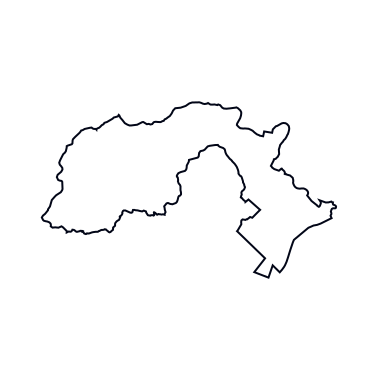 Paulis, Arad, Romania, rotated 216°
{"feature_id": "2599482B5177022501599", "entity_name": "Paulis", "entity_type": "district", "adm_level": 2, "iso_a3": "ROU", "parent_name": "Romania", "parent_adm1": "Arad", "projection": "albers", "projection_center": [21.624, 46.159], "detail": "fine", "context": "isolated", "style": "outline", "palette": "ink", "viewbox_px": 384, "rotation_deg": 216, "n_neighbors": 0, "source": "geoboundaries", "source_scale": "gbopen_adm2", "svg_char_len": 6024}
<svg xmlns="http://www.w3.org/2000/svg" viewBox="0 0 384 384"><g transform="rotate(216 192 192)"><path d="M205.9,286.5L206.3,285.9L210.3,282.1L213.1,279.6L215.4,278.2L217.2,278.0L220.2,278.8L222.3,278.2L222.6,277.2L223.8,276.7L225.5,275.9L226.3,275.1L228.0,273.9L228.5,273.6L229.4,273.5L231.3,273.4L231.4,273.0L231.5,273.0L232.2,271.9L233.5,270.6L235.0,269.9L236.9,269.5L238.7,268.9L244.5,264.5L246.2,262.2L247.7,257.9L250.8,253.5L254.8,249.9L255.2,246.8L254.6,243.6L254.6,240.4L255.5,237.9L255.9,236.3L256.8,234.7L256.7,233.0L257.6,231.9L258.4,230.2L260.4,228.8L262.6,227.5L263.7,226.4L264.0,225.8L264.1,223.6L265.3,222.2L267.0,221.7L268.4,220.3L272.5,220.0L273.3,219.3L275.9,214.2L280.2,210.2L281.6,209.1L283.9,208.5L286.8,208.2L290.6,209.3L293.7,210.0L295.8,211.2L296.6,211.3L296.4,209.6L299.1,206.2L299.3,204.7L301.9,198.7L303.5,196.5L303.5,195.4L303.4,194.8L304.2,193.2L304.4,192.2L304.5,191.1L304.9,189.4L305.7,188.2L306.3,186.8L306.0,186.3L306.9,186.5L308.4,185.4L309.7,185.0L311.1,185.1L312.2,184.1L315.9,179.9L316.8,177.8L317.8,176.6L317.7,175.2L317.8,173.6L318.9,167.9L319.3,164.9L319.0,163.7L317.3,161.0L317.3,160.0L319.8,156.5L320.3,155.5L319.4,154.1L318.0,150.7L318.0,148.7L318.4,147.3L318.3,146.0L317.3,139.9L316.6,137.6L315.0,136.4L312.8,135.9L311.0,135.2L310.0,134.0L309.7,131.5L310.8,127.0L310.1,124.6L307.4,123.1L305.9,123.4L304.0,124.3L302.9,123.9L298.5,118.3L298.1,117.1L298.0,114.7L300.0,109.5L300.3,107.3L300.7,103.1L298.4,96.8L298.3,93.3L297.8,92.6L298.0,88.0L298.7,85.3L298.5,83.1L296.0,81.8L294.9,81.7L293.3,82.3L291.6,83.1L289.5,83.6L287.8,83.3L286.7,82.3L286.1,81.2L283.9,81.2L281.9,83.0L279.1,84.6L277.4,87.5L275.7,87.6L270.4,86.8L269.6,85.6L268.6,87.5L267.0,88.4L266.5,89.1L266.4,90.0L266.6,91.2L265.3,91.9L264.3,92.0L262.9,91.8L261.7,92.1L259.9,94.2L259.6,94.9L257.9,96.0L257.3,96.3L257.2,96.3L257.3,95.3L256.2,95.6L255.5,95.4L255.0,95.1L254.6,95.1L253.1,95.6L252.9,95.9L252.9,96.4L252.6,96.9L251.7,97.2L251.2,97.8L250.6,98.3L250.3,98.9L249.9,99.4L249.5,100.1L248.4,101.4L246.4,103.3L245.4,104.0L245.1,104.2L244.7,104.6L244.5,105.5L244.0,106.0L243.5,107.2L242.9,108.1L241.9,108.9L241.2,109.6L241.0,109.8L240.9,110.3L240.7,110.6L239.5,111.1L239.1,110.9L237.6,110.9L235.8,110.7L235.0,110.9L234.4,111.8L234.2,113.2L233.7,114.9L233.9,115.3L234.4,116.0L234.6,116.5L234.9,116.8L234.9,117.3L234.4,119.3L234.6,119.8L235.3,120.7L235.7,121.4L235.8,121.9L235.7,124.0L235.2,125.4L234.7,126.4L234.7,127.1L235.3,129.4L235.9,129.5L236.0,130.2L235.6,130.9L235.4,132.2L235.6,133.6L236.3,134.3L236.7,135.9L236.4,136.9L235.0,137.9L229.8,139.0L228.6,139.8L228.4,140.9L228.9,141.9L229.2,142.8L228.0,143.7L226.9,144.1L225.1,145.2L223.0,146.0L220.9,147.0L220.1,148.6L217.8,149.2L216.9,148.4L214.1,147.3L212.7,147.9L211.7,148.5L211.6,149.0L210.0,150.3L209.2,150.4L209.0,151.0L209.3,151.7L210.2,152.4L210.8,153.0L210.8,153.3L209.5,153.5L206.9,153.1L206.7,153.3L206.5,153.7L206.5,153.9L206.3,154.4L205.2,154.9L204.8,155.2L204.4,155.4L203.6,155.7L203.0,156.2L202.4,156.9L200.8,157.5L201.2,158.0L201.6,160.2L203.7,161.8L204.8,163.0L206.1,164.1L206.0,165.5L205.9,167.8L205.0,169.0L202.7,169.5L200.6,170.6L198.6,173.6L198.4,175.2L199.0,177.3L200.1,179.9L200.2,181.0L199.5,182.2L199.5,183.6L200.1,184.5L201.0,185.5L202.4,186.7L204.7,189.9L206.0,190.7L207.8,191.1L208.4,191.5L209.8,192.5L210.2,193.5L212.1,195.4L213.2,195.5L213.8,196.2L214.0,197.1L214.1,199.2L212.9,201.4L210.1,204.9L209.9,206.7L210.5,208.3L211.8,210.4L212.4,214.6L213.3,216.2L207.6,223.2L207.5,224.7L209.2,227.8L209.2,230.0L207.3,232.2L206.6,233.7L206.1,238.1L204.9,239.7L201.0,243.5L198.7,245.3L197.8,244.9L196.1,244.9L192.7,245.9L190.8,245.8L190.1,245.4L188.2,243.7L186.7,242.8L185.3,242.2L183.5,241.8L182.7,241.5L180.6,241.0L179.4,241.0L177.9,240.7L177.7,240.5L174.1,239.9L172.0,239.2L170.3,238.5L167.8,236.9L166.6,235.9L165.6,234.8L165.2,234.2L164.7,234.0L162.7,233.4L162.4,233.4L161.5,233.6L160.4,233.1L157.0,230.6L156.4,229.8L154.3,228.8L153.3,227.8L152.0,227.1L151.6,225.7L151.4,224.9L151.5,223.8L152.0,221.8L151.8,220.9L151.6,220.4L150.3,219.2L149.9,217.7L149.3,216.3L148.5,216.4L148.3,216.3L147.7,216.4L146.6,216.0L145.1,215.8L143.4,215.8L142.9,215.3L141.9,219.1L126.4,217.6L127.1,213.3L128.1,206.6L130.3,205.9L130.4,205.4L131.3,202.3L131.8,202.1L132.4,200.8L133.5,200.3L135.0,199.5L135.3,198.0L134.5,196.5L133.3,195.1L133.1,194.8L132.4,187.3L132.5,186.8L93.9,181.3L94.5,163.8L89.5,165.1L79.8,167.7L83.6,180.1L73.8,178.6L73.5,182.0L73.5,185.7L73.7,187.5L74.5,191.2L76.0,195.9L78.4,202.9L80.8,210.6L81.3,212.7L81.4,213.3L76.8,231.5L75.3,234.0L74.0,236.3L71.5,238.9L69.4,242.0L63.7,252.9L65.3,253.8L66.0,254.3L66.3,256.1L66.9,256.9L68.1,257.7L68.8,259.7L68.9,260.6L68.4,261.6L67.7,262.2L66.6,262.9L66.3,263.8L66.9,264.9L67.7,265.3L68.5,265.3L70.3,264.8L70.9,265.1L71.8,266.1L71.9,266.4L72.7,266.0L73.6,266.2L75.6,263.7L77.7,262.1L83.9,260.3L82.0,259.6L81.1,258.5L80.4,256.0L80.5,254.8L80.8,254.5L82.7,254.5L83.0,254.7L90.0,255.0L96.8,256.9L97.0,258.5L97.5,259.5L98.2,260.2L99.5,260.8L100.7,261.0L102.2,260.9L103.7,260.5L105.4,259.3L106.8,258.0L108.5,257.1L109.7,256.7L111.2,256.7L112.3,256.9L113.4,257.4L114.5,258.0L115.6,258.8L116.3,260.1L116.9,260.8L117.0,261.1L118.9,262.7L122.4,263.0L125.5,261.8L126.6,261.8L127.0,261.2L127.6,261.1L128.0,262.0L129.2,262.9L130.4,263.2L132.2,263.3L133.0,263.7L133.4,263.5L134.2,260.3L138.9,258.9L141.5,258.9L142.8,259.4L143.5,259.5L144.5,265.7L145.0,266.6L143.8,268.0L143.6,269.7L143.3,270.8L143.8,273.9L146.7,277.4L147.8,280.6L148.3,281.7L148.2,284.8L148.0,286.2L148.2,287.8L147.8,289.9L148.0,292.1L148.5,294.6L148.4,295.0L149.1,297.2L150.0,299.4L150.8,300.7L152.4,302.2L154.3,302.7L155.4,302.8L156.8,302.6L158.7,301.5L159.8,300.2L161.9,295.6L162.8,294.4L163.4,290.2L162.0,287.0L169.2,283.4L167.2,278.9L170.3,277.4L171.0,277.4L173.4,276.8L176.5,276.9L178.9,277.2L181.1,276.9L183.4,276.4L186.6,274.5L187.9,273.4L190.4,272.0L192.1,272.0L193.9,272.3L195.1,272.6L195.7,273.9L196.4,280.0L197.3,282.6L198.2,284.3L199.1,285.5L200.9,286.4L204.2,286.8L205.9,286.5Z" fill="none" stroke="#020617" stroke-width="2"/></g></svg>